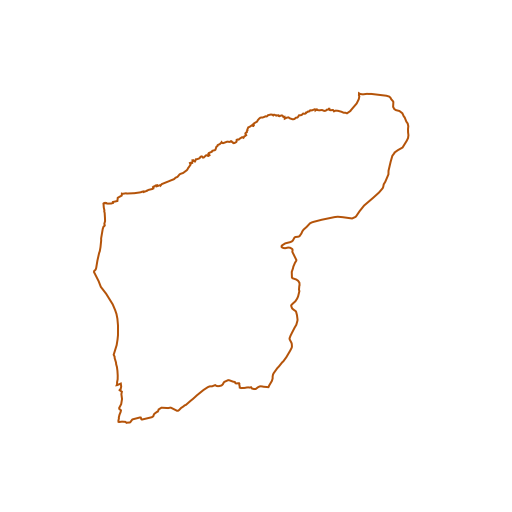 Pidie Jaya, Aceh, Indonesia, rotated 247°
{"feature_id": "22746128B77747107542596", "entity_name": "Pidie Jaya", "entity_type": "district", "adm_level": 2, "iso_a3": "IDN", "parent_name": "Indonesia", "parent_adm1": "Aceh", "projection": "equal_earth", "projection_center": [96.234, 5.105], "detail": "fine", "context": "isolated", "style": "outline", "palette": "amber", "viewbox_px": 512, "rotation_deg": 247, "n_neighbors": 0, "source": "geoboundaries", "source_scale": "gbopen_adm2", "svg_char_len": 6093}
<svg xmlns="http://www.w3.org/2000/svg" viewBox="0 0 512 512"><g transform="rotate(247 256 256)"><path d="M359.5,212.5L358.8,210.8L359.0,197.3L358.2,195.8L358.6,195.8L358.9,192.5L359.3,192.9L359.5,192.7L359.8,192.7L360.1,191.3L359.9,191.2L359.9,189.2L359.6,189.2L359.5,188.8L359.6,188.1L358.3,187.9L358.3,186.8L358.2,186.7L358.8,183.2L358.8,181.2L358.6,181.1L358.8,177.6L359.4,177.7L359.7,176.1L359.6,175.6L359.9,173.9L361.3,168.7L364.0,161.4L364.5,160.9L365.4,157.4L365.8,156.9L364.1,156.0L363.6,151.5L360.8,149.9L361.6,145.4L360.7,145.1L360.9,143.2L362.1,140.1L362.6,139.2L363.2,139.0L363.5,137.6L363.8,137.3L364.0,137.4L364.1,137.0L363.9,136.1L360.0,134.8L357.3,134.3L356.5,133.8L354.7,133.5L350.2,131.9L347.1,130.7L344.8,128.9L343.4,128.8L342.8,128.1L342.8,127.5L342.6,127.1L340.8,125.5L332.7,120.3L330.7,119.5L324.9,116.3L321.5,114.1L320.1,112.8L313.7,108.2L307.4,104.2L306.4,103.3L305.9,102.6L305.5,101.3L304.6,100.6L294.4,101.3L288.2,101.1L279.8,103.3L267.5,105.2L261.2,105.2L257.1,104.9L252.4,103.9L245.9,101.8L237.0,98.0L233.2,95.9L228.4,92.9L220.7,86.4L218.6,86.5L217.2,86.0L212.6,85.5L211.1,85.0L208.1,84.6L204.5,83.6L200.0,82.0L196.6,80.5L194.1,78.8L192.2,78.0L191.5,77.3L191.4,77.7L191.4,81.7L188.5,80.9L186.2,79.3L186.2,78.4L185.8,78.0L183.5,79.5L181.4,78.1L176.7,76.8L172.3,74.0L169.6,70.7L168.7,70.4L166.7,71.4L165.4,70.5L163.2,68.3L160.9,66.6L160.0,66.3L158.2,65.0L157.1,64.6L156.7,65.0L155.9,67.9L154.4,70.9L153.0,71.7L153.0,72.1L152.1,74.7L152.1,75.3L153.8,78.2L153.8,78.8L152.7,86.2L152.3,86.8L150.5,86.7L150.0,87.1L148.3,97.2L148.6,98.8L150.1,100.2L150.5,101.0L151.3,104.2L151.1,104.6L151.6,105.4L152.8,106.4L153.3,109.7L150.3,115.8L149.9,117.9L149.4,118.6L144.4,122.8L144.0,123.8L144.2,124.9L145.4,127.7L145.9,130.5L146.4,131.9L146.3,133.2L148.3,139.3L149.1,142.2L150.9,147.3L153.2,155.4L154.1,160.4L154.1,162.4L153.2,164.6L153.1,168.0L151.9,168.8L151.2,169.8L150.7,171.0L150.3,173.4L150.4,174.1L150.9,175.4L151.7,176.3L152.5,177.6L152.6,181.9L152.0,182.9L149.2,185.9L148.5,187.0L148.0,187.4L146.9,187.4L146.5,187.9L146.1,188.7L146.0,189.5L145.5,190.7L145.0,190.8L144.0,190.3L142.2,190.0L141.2,189.6L140.3,190.6L139.0,194.0L138.5,196.4L137.9,197.9L137.4,198.6L137.1,200.2L135.6,200.5L134.3,202.2L133.7,203.8L134.4,206.5L134.5,208.2L134.4,209.0L133.6,210.6L132.8,211.7L130.4,216.2L131.7,217.6L134.8,221.8L136.7,223.4L138.7,224.3L140.3,225.4L141.3,226.6L144.4,231.7L145.4,234.0L147.9,238.6L148.3,239.9L151.0,244.4L155.6,250.6L157.7,253.1L158.8,253.8L161.2,254.6L162.3,254.7L166.0,254.4L167.1,254.7L169.1,256.6L171.0,258.8L175.0,263.6L176.9,266.2L180.3,268.9L181.3,269.4L185.5,270.6L188.9,271.1L189.7,271.0L191.6,269.8L193.5,268.8L195.4,268.8L196.6,269.0L197.1,269.5L197.9,271.5L198.9,274.5L200.7,277.2L202.4,279.0L206.7,282.2L208.2,282.4L211.6,284.2L212.1,284.7L214.4,285.5L216.7,285.1L217.6,284.5L218.6,283.9L221.3,280.9L222.2,280.7L223.0,281.0L227.4,282.7L230.3,285.3L231.6,286.2L234.5,289.2L235.9,291.2L236.5,291.6L244.9,291.1L245.7,291.1L247.2,292.0L248.1,292.1L248.7,291.8L250.2,290.7L251.2,289.0L251.8,285.8L252.7,284.3L253.8,283.3L254.4,283.1L255.2,283.5L255.6,284.2L256.2,287.9L255.4,292.9L255.4,294.6L255.8,295.9L257.9,298.6L258.1,299.6L257.3,302.3L257.2,303.1L257.3,303.9L259.0,306.6L260.6,308.3L261.7,310.1L263.0,314.0L265.0,318.5L265.1,320.6L264.9,322.6L263.7,330.6L261.1,343.6L260.2,346.6L257.9,350.9L253.0,359.1L253.1,362.9L253.5,363.8L256.8,368.9L260.2,375.2L263.8,386.6L266.4,394.1L268.9,399.1L269.9,400.1L272.1,401.6L273.8,404.0L279.4,409.8L282.7,411.3L290.2,416.8L295.0,420.7L296.7,423.7L297.1,423.9L298.0,428.0L298.6,433.3L303.2,439.8L305.1,442.0L307.6,443.5L310.4,444.3L313.4,445.5L316.0,446.9L318.7,447.4L321.0,446.9L325.6,447.0L326.6,446.6L330.2,446.5L333.4,444.7L335.7,441.7L337.3,440.7L339.7,440.5L344.1,442.6L344.8,442.6L347.6,441.7L349.2,441.6L350.7,440.9L352.6,438.6L360.0,425.7L362.0,421.2L363.0,417.6L364.4,415.2L365.5,414.4L363.6,413.5L362.6,413.5L360.2,411.9L357.1,408.3L352.9,399.9L352.6,399.6L351.8,395.5L352.9,394.3L353.7,392.6L355.4,391.0L357.6,388.2L358.7,386.1L358.7,384.3L360.0,384.1L360.4,383.8L360.7,382.6L361.2,381.3L361.5,381.0L362.9,381.1L363.1,380.6L362.6,380.0L362.6,379.3L363.0,378.5L362.6,377.4L362.6,376.5L362.9,375.5L364.6,373.8L365.4,371.1L366.4,369.5L367.2,369.3L366.8,367.7L367.6,368.0L368.1,367.5L368.2,364.2L368.7,363.5L368.9,362.7L368.8,362.2L368.3,361.8L368.4,360.8L368.7,360.2L368.4,359.5L368.5,358.1L368.0,357.9L367.8,357.2L367.9,356.4L368.7,355.1L368.0,353.2L368.1,352.2L368.7,350.5L367.7,349.2L367.3,348.2L367.7,346.7L367.1,345.0L367.3,343.7L367.5,343.2L369.5,340.9L370.9,340.1L371.3,338.4L371.2,336.1L373.0,336.7L373.3,335.5L374.4,335.4L375.1,335.0L375.4,334.5L375.4,333.6L375.6,333.2L375.5,332.2L375.9,331.7L376.7,331.7L376.9,331.4L377.1,330.0L377.5,329.8L377.5,329.3L378.7,328.3L379.0,327.8L379.1,327.0L378.8,326.7L380.0,325.9L380.3,325.0L380.5,324.7L380.9,321.9L380.4,321.1L380.3,320.4L380.5,319.8L380.9,319.3L380.8,318.1L380.9,316.1L381.4,315.1L381.6,314.0L381.2,312.6L380.3,310.7L379.3,309.5L378.9,306.2L378.5,305.1L377.3,305.2L376.7,304.3L376.8,304.1L377.8,303.9L378.0,303.6L377.4,300.7L377.4,299.1L375.6,297.3L374.9,297.2L374.5,296.3L373.5,295.9L373.3,294.5L372.6,293.9L371.1,294.2L370.7,292.8L370.6,291.8L369.8,290.9L369.7,290.5L370.6,290.0L370.8,289.6L370.4,287.0L370.0,285.9L369.9,285.5L370.4,284.8L370.5,283.6L368.9,282.8L368.6,282.2L368.4,280.5L368.6,279.5L368.8,279.2L369.8,279.0L370.5,278.3L371.1,278.3L371.5,277.9L371.2,276.5L372.5,274.2L372.7,270.0L373.1,269.2L374.2,268.8L373.9,268.5L373.1,266.2L373.1,264.4L373.0,264.0L372.3,263.5L372.0,262.2L369.7,260.2L369.5,259.5L369.9,256.9L369.2,256.1L369.2,252.8L368.7,252.1L367.0,252.6L366.8,251.8L366.7,251.2L366.9,250.9L367.9,250.2L368.2,249.4L367.1,246.4L367.3,245.6L368.8,245.1L369.0,244.6L369.0,243.7L368.2,242.5L368.0,241.5L368.2,239.3L368.5,238.4L366.8,236.8L367.0,236.4L368.7,235.7L368.9,234.9L367.9,234.7L367.3,233.8L366.6,233.6L366.9,232.5L367.4,232.1L367.4,231.5L365.7,231.5L363.9,228.7L363.7,228.2L362.4,226.6L362.0,225.8L360.9,221.3L361.1,218.6L361.0,217.6L359.5,214.6L359.5,212.5Z" fill="none" stroke="#b45309" stroke-width="2"/></g></svg>